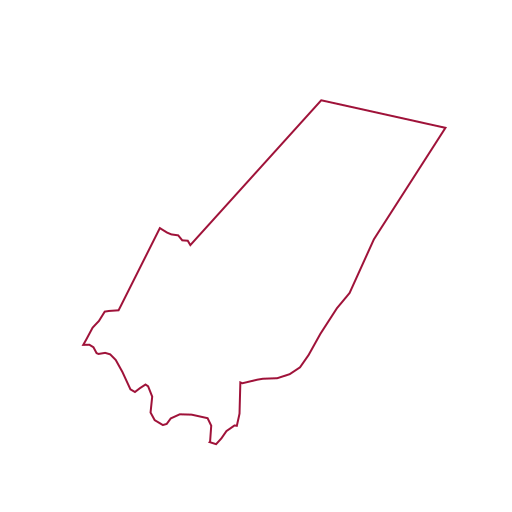 outline of Cresslands, Soufrière, Saint Lucia, rotated 23°
{"feature_id": "8701671B34835556346125", "entity_name": "Cresslands", "entity_type": "district", "adm_level": 2, "iso_a3": "LCA", "parent_name": "Saint Lucia", "parent_adm1": "Soufrière", "projection": "natural_earth1", "projection_center": [-61.042, 13.86], "detail": "fine", "context": "isolated", "style": "outline", "palette": "rose", "viewbox_px": 512, "rotation_deg": 23, "n_neighbors": 0, "source": "geoboundaries", "source_scale": "gbopen_adm2", "svg_char_len": 988}
<svg xmlns="http://www.w3.org/2000/svg" viewBox="0 0 512 512"><g transform="rotate(23 256 256)"><path d="M255.6,87.1L255.2,87.2L191.3,271.6L187.2,268.6L182.0,270.4L176.3,267.4L169.6,269.2L165.0,269.2L156.6,267.9L151.0,355.6L150.7,359.7L149.1,360.5L142.2,364.0L138.5,366.3L136.8,377.2L134.8,382.5L133.6,385.8L132.4,399.2L131.7,405.3L137.3,402.8L142.0,403.5L147.2,407.7L149.3,407.7L155.0,404.1L160.2,403.5L167.5,406.5L178.4,415.0L192.5,427.8L197.7,428.5L200.8,423.0L204.5,417.5L205.6,417.7L207.6,418.1L215.4,426.0L220.1,441.3L226.9,446.7L236.3,448.0L239.4,445.5L241.0,438.8L247.7,431.5L258.7,427.2L274.8,424.2L281.1,429.7L286.3,444.9L286.1,445.4L287.5,445.3L292.8,444.8L295.4,437.4L297.2,428.7L302.4,420.4L304.7,419.8L302.9,410.0L302.4,407.5L291.0,378.5L293.1,378.5L305.6,369.3L310.3,366.3L323.3,360.2L333.2,351.6L340.0,341.3L343.1,326.6L345.7,302.3L350.9,272.4L356.6,253.5L358.0,194.6L359.4,186.3L380.3,64.0L362.5,67.3L255.6,87.1Z" fill="none" stroke="#9f1239" stroke-width="2"/></g></svg>